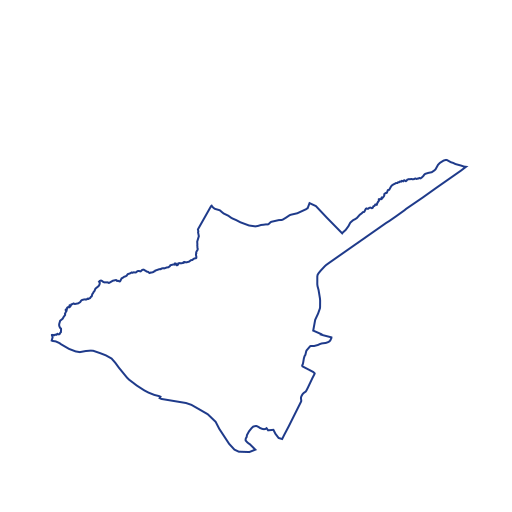 the district of Oboga, Olt, Romania, rotated 119°
{"feature_id": "2599482B49636581279987", "entity_name": "Oboga", "entity_type": "district", "adm_level": 2, "iso_a3": "ROU", "parent_name": "Romania", "parent_adm1": "Olt", "projection": "mercator", "projection_center": [24.07, 44.419], "detail": "fine", "context": "isolated", "style": "outline", "palette": "blue", "viewbox_px": 512, "rotation_deg": 119, "n_neighbors": 0, "source": "geoboundaries", "source_scale": "gbopen_adm2", "svg_char_len": 6136}
<svg xmlns="http://www.w3.org/2000/svg" viewBox="0 0 512 512"><g transform="rotate(119 256 256)"><path d="M354.6,380.8L354.8,380.1L355.1,379.7L356.2,379.2L357.7,379.0L358.6,379.1L362.4,380.6L364.9,380.3L366.5,380.6L367.5,380.5L368.9,380.7L370.5,380.2L371.1,380.2L371.7,380.6L373.3,380.7L374.1,381.4L374.9,381.8L375.0,382.0L374.8,382.4L375.0,382.7L376.1,383.1L376.4,383.4L376.7,383.8L376.7,384.3L377.3,385.2L378.8,386.8L379.8,387.3L381.5,387.4L383.7,388.6L384.4,389.5L385.7,391.0L385.9,391.4L385.9,392.4L386.0,392.6L387.2,393.3L387.7,394.0L388.4,393.9L388.9,394.3L389.9,393.9L390.2,394.0L390.3,394.2L390.0,395.0L390.6,394.9L390.8,394.2L391.0,394.2L391.6,394.6L391.7,395.4L392.1,395.8L392.8,396.1L393.7,395.7L394.3,395.6L394.8,396.3L395.2,396.4L395.7,396.1L395.5,395.3L395.7,395.1L397.1,395.2L398.2,395.1L399.1,395.1L400.0,394.4L400.5,394.4L402.2,394.7L404.6,394.7L407.6,395.9L410.7,395.2L411.7,394.8L412.6,394.1L413.8,392.6L413.9,392.1L414.0,391.4L414.3,391.2L414.9,390.8L417.2,389.7L418.1,390.0L419.3,389.9L420.0,390.3L420.3,390.9L420.3,391.9L420.8,392.2L421.4,392.2L421.8,392.5L422.0,393.3L422.4,393.7L423.0,393.9L423.5,395.4L423.9,396.1L424.0,396.2L424.5,395.9L425.2,394.8L425.7,394.5L429.0,393.7L428.9,392.7L427.8,389.8L427.5,386.5L427.5,384.8L427.7,384.3L427.9,374.5L426.9,367.5L425.5,363.5L421.7,358.9L418.9,354.7L417.8,352.4L416.5,345.0L415.7,339.2L415.7,332.6L417.6,327.3L420.2,321.7L424.9,309.9L425.7,307.1L427.1,297.5L427.7,288.6L427.6,283.9L426.8,277.6L425.6,273.1L425.4,271.4L427.0,271.4L426.9,269.5L418.5,245.9L417.5,240.3L417.8,221.4L420.6,210.9L425.0,204.3L433.3,188.5L435.8,181.0L435.5,176.2L430.7,166.8L425.7,162.7L423.6,170.1L423.5,171.7L423.2,173.3L422.4,175.6L421.4,176.2L420.3,176.5L419.0,176.4L416.9,177.1L412.7,177.1L408.6,176.4L406.5,175.7L404.9,173.9L404.5,173.2L404.4,172.5L404.3,170.6L404.5,169.5L404.2,166.8L403.8,165.5L403.3,164.6L402.7,163.9L401.5,163.3L402.6,160.9L399.6,156.5L402.1,152.8L404.2,148.0L403.4,144.4L398.8,144.6L389.2,144.8L361.3,146.0L360.4,146.4L358.8,147.6L357.8,148.1L356.5,148.3L354.7,148.3L353.8,148.2L352.5,147.8L350.5,146.8L349.3,146.7L346.1,146.8L335.0,147.5L331.1,147.6L330.2,147.8L329.7,149.6L330.0,161.8L329.7,162.3L329.2,162.6L328.0,162.6L326.3,163.1L322.3,164.5L320.0,165.0L318.5,164.9L315.0,165.9L314.1,166.0L308.7,164.9L308.2,164.5L306.6,161.6L303.8,158.7L302.0,157.4L300.6,156.1L298.2,152.8L296.4,151.2L295.1,150.4L293.9,150.1L291.1,150.3L290.6,150.6L292.8,159.1L293.2,161.1L292.7,161.1L293.5,169.8L283.1,173.3L276.2,173.8L270.8,174.7L269.6,175.2L263.9,178.3L262.1,179.5L255.4,184.8L252.5,187.6L251.0,188.7L244.1,192.5L242.5,193.0L240.6,192.9L237.3,192.3L231.7,190.9L229.9,190.3L226.5,188.7L164.0,158.2L160.8,156.4L153.5,152.8L144.0,148.3L141.9,147.5L124.2,138.6L109.1,131.4L81.9,118.1L76.2,115.6L77.0,117.6L77.5,120.5L78.9,126.2L79.0,128.7L79.5,131.0L79.5,135.4L79.8,136.3L80.1,136.7L81.6,138.2L85.2,140.2L86.1,140.5L88.0,141.0L93.2,141.0L94.7,141.5L97.5,142.9L99.8,145.6L102.1,147.8L103.3,148.3L104.7,148.4L106.8,149.0L108.3,149.7L108.6,151.0L109.4,151.4L109.9,152.2L110.6,152.7L110.8,153.0L110.9,154.0L111.0,154.3L112.2,155.1L113.0,156.3L113.3,157.4L114.3,158.7L114.7,159.6L115.9,160.7L117.0,160.8L117.9,161.2L118.0,161.5L117.8,162.3L117.9,163.1L119.3,163.4L119.4,163.7L119.4,164.3L119.6,164.9L120.6,165.1L120.7,165.3L120.8,165.9L121.0,166.2L121.9,166.4L122.2,166.7L122.5,167.4L123.6,167.7L124.5,169.1L125.7,169.7L126.7,170.5L127.6,170.9L128.5,171.4L129.8,171.6L133.5,171.6L134.2,172.4L134.5,172.6L137.2,172.2L137.4,172.3L137.8,172.6L137.9,173.0L138.2,173.2L139.5,173.8L139.9,173.7L140.8,173.2L141.3,173.1L143.3,173.3L143.7,173.6L143.9,174.4L144.1,174.4L144.3,174.4L144.8,173.7L145.1,173.7L145.8,174.2L146.1,175.1L146.6,176.0L146.8,176.1L147.4,175.8L147.7,175.4L148.1,175.3L148.4,175.3L149.6,175.6L150.2,175.4L151.2,175.6L152.4,175.2L152.7,175.2L152.9,175.5L152.9,176.2L153.1,176.6L154.8,176.7L155.6,177.4L157.1,177.3L157.5,177.4L157.9,177.7L158.1,178.0L158.1,179.2L158.4,179.6L159.0,180.3L160.3,180.8L160.6,181.3L160.8,182.4L161.4,182.8L163.2,182.8L164.4,182.7L165.0,182.8L165.9,183.8L167.4,184.2L169.5,185.2L173.9,186.2L175.8,187.2L177.5,188.4L180.8,189.6L181.6,189.7L185.0,189.6L189.7,190.2L193.5,191.5L194.4,191.6L188.1,212.8L183.3,227.8L183.8,234.8L189.2,234.0L189.5,234.3L190.7,234.8L198.6,240.6L203.0,245.5L203.9,246.3L208.2,248.5L211.3,250.3L212.2,251.2L213.4,253.3L218.6,259.1L219.3,259.6L221.8,260.4L222.6,260.9L223.5,262.6L225.1,264.7L226.4,266.6L228.7,268.8L230.4,270.9L232.7,276.9L234.1,286.1L234.2,290.7L234.6,294.8L234.6,296.4L234.2,299.7L234.5,304.9L234.1,307.3L233.6,309.5L233.7,310.5L234.5,314.0L234.7,315.1L234.5,316.4L234.1,318.1L233.5,319.2L233.9,319.4L235.5,319.5L260.9,319.7L262.4,318.4L263.3,318.2L266.4,315.6L271.9,314.4L274.3,312.9L275.4,312.4L275.9,312.0L277.4,311.1L278.0,310.4L278.9,310.1L281.0,310.2L282.0,310.0L282.6,309.5L283.2,309.5L284.2,309.0L285.7,307.7L286.6,307.3L287.0,307.4L287.9,308.5L288.8,309.2L290.3,309.7L291.0,310.6L291.3,310.9L293.4,311.8L295.2,313.7L295.5,314.2L296.0,315.9L296.5,316.3L297.1,316.0L298.9,318.2L299.1,319.2L300.1,320.4L300.5,320.4L300.6,320.1L300.8,320.0L302.0,320.2L302.5,320.8L302.3,321.6L301.5,322.3L301.6,322.9L301.9,323.3L302.7,322.9L302.9,322.9L303.1,323.1L303.4,324.1L305.6,326.4L306.7,326.4L308.4,327.2L309.2,328.4L311.3,330.2L311.4,330.4L311.4,330.8L311.8,331.2L312.1,331.9L312.5,332.2L312.8,332.6L313.5,332.8L313.7,333.2L314.0,333.3L314.4,334.2L314.9,334.6L317.7,337.1L318.5,337.2L319.1,337.8L319.8,338.0L321.0,339.2L321.5,340.1L322.2,340.5L322.5,340.8L322.5,341.1L322.2,342.7L322.6,344.0L322.6,344.5L322.4,345.4L322.5,346.1L322.4,347.2L322.4,347.6L322.6,348.0L323.4,348.8L325.3,349.4L325.5,349.6L325.8,350.9L326.3,351.9L327.1,352.5L328.3,352.9L328.7,353.2L329.8,355.4L330.5,355.8L330.6,356.0L330.7,356.8L332.1,357.6L334.1,359.4L336.0,359.6L337.1,360.3L338.0,361.2L340.1,362.2L340.6,362.7L343.8,362.6L344.3,362.8L344.5,363.6L344.5,364.4L345.2,365.4L344.8,366.2L344.9,366.8L347.0,369.2L350.7,371.4L350.9,371.7L351.0,371.9L350.9,372.9L351.4,373.6L351.7,374.4L352.5,375.6L352.6,376.4L352.8,376.8L352.5,378.3L352.6,379.7L353.6,380.6L354.6,380.8Z" fill="none" stroke="#1e3a8a" stroke-width="2"/></g></svg>